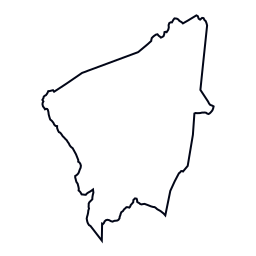 Eunápolis, Bahia, Brazil (Equal Earth projection)
{"feature_id": "56859067B32673788757857", "entity_name": "Eunápolis", "entity_type": "district", "adm_level": 2, "iso_a3": "BRA", "parent_name": "Brazil", "parent_adm1": "Bahia", "projection": "equal_earth", "projection_center": [-39.639, -16.312], "detail": "fine", "context": "isolated", "style": "outline", "palette": "ink", "viewbox_px": 256, "rotation_deg": 0, "n_neighbors": 0, "source": "geoboundaries", "source_scale": "gbopen_adm2", "svg_char_len": 2870}
<svg xmlns="http://www.w3.org/2000/svg" viewBox="0 0 256 256"><path d="M196.4,15.4L189.6,19.5L188.5,20.2L182.9,23.4L181.8,22.3L180.5,21.5L179.4,20.9L178.3,19.5L176.9,18.7L175.7,18.5L174.5,18.4L173.5,19.6L172.7,21.0L171.9,22.4L170.7,22.3L169.3,23.1L168.6,25.1L168.8,27.4L168.3,29.6L167.5,30.9L166.6,32.2L165.6,31.8L164.5,32.1L164.2,34.3L163.5,36.2L162.2,37.0L160.9,37.6L159.9,36.6L158.6,35.7L157.5,34.3L156.0,34.6L154.2,35.8L153.0,36.8L151.8,38.0L151.4,39.5L151.2,41.0L147.8,44.1L138.2,52.1L88.0,70.7L85.5,71.7L82.1,72.9L65.9,84.0L54.1,91.7L53.0,90.2L51.0,90.7L49.5,91.1L48.3,91.1L47.6,92.7L46.7,94.2L45.9,95.2L44.5,95.9L43.7,96.8L43.4,98.2L42.4,99.9L43.4,101.4L42.6,103.0L42.5,104.4L43.0,106.4L44.1,107.8L45.0,109.3L46.0,108.8L47.2,109.0L47.9,110.0L48.4,112.0L48.7,114.4L49.2,116.3L49.7,118.0L50.2,119.5L51.8,120.8L53.4,122.8L54.2,124.6L55.5,125.9L57.1,126.1L57.1,128.0L58.0,130.5L58.9,132.1L60.2,132.7L61.2,133.9L61.9,134.9L62.7,136.2L64.1,137.5L65.3,138.9L66.7,140.2L67.7,141.9L68.8,143.4L69.6,145.1L70.6,146.5L71.7,147.5L72.6,148.1L76.0,154.3L78.3,160.1L78.2,161.7L79.4,162.4L80.4,164.0L80.9,165.7L80.6,167.8L79.9,169.3L79.4,170.6L79.0,171.9L78.4,173.2L77.7,174.1L76.5,175.2L75.2,176.0L75.2,177.5L75.7,179.2L76.0,180.6L76.5,182.1L77.6,183.6L78.1,185.5L78.5,187.1L78.8,188.7L78.6,190.5L79.5,191.2L80.3,192.1L81.0,193.2L81.6,194.4L82.9,194.5L84.4,194.7L85.8,194.8L86.6,193.8L87.7,192.9L88.7,192.3L90.0,191.6L91.4,190.7L93.0,189.5L93.4,192.6L92.8,194.9L92.4,197.2L92.3,199.3L91.2,200.4L89.4,202.2L88.7,203.6L88.7,205.2L88.6,207.0L89.0,208.5L88.3,210.6L88.1,212.7L87.6,215.0L87.1,216.6L86.7,218.6L87.0,220.2L87.3,221.7L87.9,223.3L89.0,225.1L90.5,226.0L101.8,240.6L102.1,223.6L103.0,224.0L103.9,223.0L104.6,221.4L105.9,220.2L107.3,219.8L109.0,220.1L111.0,221.2L112.6,221.6L114.4,220.8L116.0,220.7L117.4,220.5L118.5,219.8L119.5,218.3L119.7,216.7L120.3,215.3L120.7,213.7L121.3,212.2L122.9,211.1L124.1,209.3L125.2,208.4L126.4,207.2L127.9,207.2L129.3,207.6L130.1,206.7L130.7,205.1L131.8,203.9L133.2,202.3L133.4,200.0L135.0,198.4L136.6,198.7L137.1,200.2L137.2,201.9L138.4,202.7L139.4,203.2L140.2,204.0L141.5,204.4L142.9,204.1L144.6,203.9L146.2,204.5L147.6,205.0L151.1,206.4L153.3,207.0L154.6,207.1L155.9,208.0L157.1,209.1L158.1,209.7L159.2,210.3L160.6,211.1L162.1,212.3L163.6,213.5L164.5,214.5L165.3,215.4L170.3,190.9L174.7,181.3L178.9,173.3L180.1,172.4L181.0,171.2L182.0,171.0L183.0,171.5L187.7,165.9L192.9,134.8L194.4,113.5L195.6,113.0L197.1,113.2L198.2,113.1L199.3,113.1L200.4,113.0L202.0,112.6L203.4,112.6L204.7,112.5L206.2,112.8L207.2,113.6L208.6,114.0L209.6,113.4L210.5,112.6L211.3,111.7L212.3,110.5L213.1,108.6L213.6,106.4L212.4,105.7L211.3,105.3L210.1,104.8L209.0,103.4L208.1,101.6L200.4,89.9L202.3,71.3L207.1,25.5L206.5,23.2L205.7,21.1L204.6,20.2L203.5,18.1L202.1,17.9L200.1,19.6L198.7,18.7L197.8,16.2L196.4,15.4Z" fill="none" stroke="#020617" stroke-width="2"/></svg>